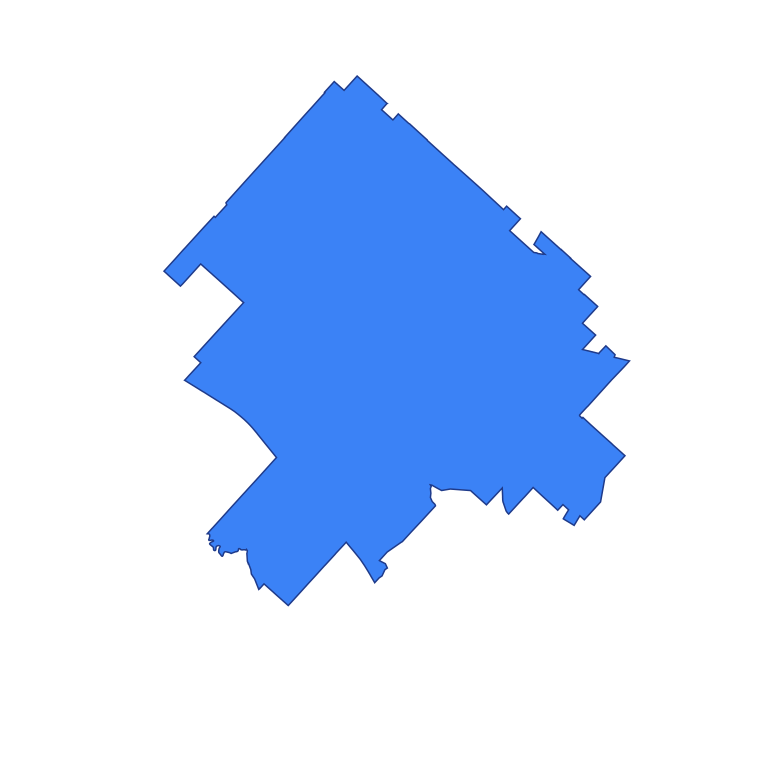 outline of Griffith, New South Wales, Australia, rotated 34°
{"feature_id": "25037944B92431338165184", "entity_name": "Griffith", "entity_type": "district", "adm_level": 2, "iso_a3": "AUS", "parent_name": "Australia", "parent_adm1": "New South Wales", "projection": "robinson", "projection_center": [146.03, -34.335], "detail": "fine", "context": "isolated", "style": "filled", "palette": "blue", "viewbox_px": 768, "rotation_deg": 34, "n_neighbors": 0, "source": "geoboundaries", "source_scale": "gbopen_adm2", "svg_char_len": 5630}
<svg xmlns="http://www.w3.org/2000/svg" viewBox="0 0 768 768"><g transform="rotate(34 384 384)"><path d="M321.2,607.0L321.6,606.8L322.1,606.4L322.5,606.2L322.9,606.2L323.4,606.3L323.8,606.5L324.1,606.8L324.5,607.3L324.8,607.8L325.0,608.7L325.3,609.4L325.5,609.8L325.6,610.5L325.7,611.0L326.0,611.3L326.4,611.5L326.7,611.3L327.2,611.0L327.6,610.6L328.0,610.2L328.4,609.7L329.0,609.4L329.4,609.1L329.9,609.1L330.3,609.2L330.5,609.5L330.3,610.1L329.9,610.6L329.5,611.2L329.2,611.8L329.0,612.3L328.8,612.9L328.7,613.4L328.7,613.8L328.9,614.1L329.4,614.3L330.0,614.4L331.1,614.5L331.9,614.6L332.6,614.6L333.5,614.8L333.8,614.9L334.2,615.1L334.5,615.6L335.0,616.2L335.4,616.7L335.7,616.9L336.3,616.9L336.8,616.8L337.2,616.4L337.3,615.9L336.9,614.8L336.3,613.9L336.1,613.3L335.9,612.7L336.0,612.0L336.4,611.3L337.0,610.6L337.6,610.3L338.4,610.1L339.0,610.2L339.2,610.5L339.2,611.4L339.2,612.2L339.5,613.1L339.9,614.0L340.4,615.0L341.0,615.8L341.6,616.2L342.6,616.5L343.5,616.7L344.5,617.1L345.1,617.3L345.9,617.4L346.3,617.2L346.4,616.7L346.4,616.1L346.0,615.0L345.8,613.8L345.7,613.0L345.8,612.4L346.1,611.9L346.6,611.6L347.2,611.3L347.8,611.1L349.1,610.6L349.9,610.3L350.8,610.1L351.6,610.0L352.0,610.0L354.6,606.3L354.7,606.1L354.9,606.0L355.1,605.9L355.2,605.7L355.6,605.4L355.8,605.2L355.9,604.9L356.0,604.8L356.1,604.7L356.2,604.4L356.2,604.2L356.3,603.9L356.2,603.8L356.2,603.7L356.2,603.4L356.1,603.1L356.0,602.8L355.9,602.7L355.8,602.4L355.7,602.3L355.7,602.2L355.6,601.9L355.7,601.7L355.8,601.5L356.0,601.4L356.3,601.3L356.6,601.2L356.7,601.3L356.9,601.3L357.0,601.3L357.5,601.4L357.9,601.4L358.0,601.3L358.3,601.3L358.5,601.2L358.8,601.1L359.0,601.0L359.4,600.7L359.5,600.6L359.7,600.4L359.8,600.4L360.0,600.2L360.3,599.9L361.1,599.4L361.9,599.0L362.0,598.9L362.3,598.9L362.4,598.0L363.9,598.6L364.7,600.1L365.1,601.2L366.5,603.0L369.8,607.3L370.9,608.1L372.0,608.9L372.1,608.6L377.4,612.4L380.3,615.7L382.9,616.8L385.7,617.9L395.0,624.3L395.2,623.0L395.4,623.1L396.3,616.8L411.4,618.9L413.6,619.2L428.4,621.2L428.5,621.2L430.7,606.5L432.8,591.8L434.3,581.9L435.0,577.1L435.0,576.9L436.4,567.3L436.5,567.1L438.7,552.4L438.8,551.2L439.8,544.9L440.8,538.6L441.0,537.0L441.1,536.3L446.9,538.0L447.9,538.3L448.2,538.4L450.8,539.1L458.4,541.4L462.6,542.7L465.3,543.8L469.8,545.6L470.4,545.9L473.3,547.2L476.8,548.8L477.1,549.0L477.6,549.2L477.9,549.3L481.3,551.0L481.9,551.3L483.2,551.9L486.5,553.5L487.4,553.9L487.4,553.7L487.5,553.3L487.8,551.4L488.4,547.4L489.7,544.2L488.6,537.4L489.7,534.7L485.6,532.2L479.0,533.0L478.9,533.0L480.6,521.5L480.8,521.0L486.8,505.5L487.2,504.8L487.4,504.2L488.8,494.9L489.3,491.5L491.7,476.6L494.8,456.2L493.6,455.3L489.7,454.5L486.0,452.2L484.7,449.8L484.0,448.4L480.9,444.7L480.4,442.5L478.8,441.7L480.3,441.1L486.2,440.6L491.3,440.1L497.7,434.0L515.4,423.9L516.4,424.1L523.5,425.1L535.8,426.8L536.5,426.9L537.0,423.7L540.2,404.1L545.6,411.4L546.0,412.1L546.4,412.5L546.8,413.1L547.0,413.4L547.2,413.7L547.5,414.0L547.9,414.5L548.2,414.8L548.5,415.0L548.7,415.3L549.0,415.5L549.3,415.7L555.2,420.2L555.5,420.4L555.7,420.6L556.0,420.8L556.5,421.1L556.8,421.2L557.1,421.3L557.3,421.4L557.6,421.5L557.9,421.6L558.2,421.7L558.5,421.8L558.8,421.9L559.1,421.9L560.1,422.1L563.3,401.0L563.7,398.8L565.5,386.4L578.3,388.4L580.3,388.7L591.1,390.3L598.6,391.5L599.8,383.9L607.4,385.1L607.8,393.3L608.0,395.5L609.0,395.5L620.7,394.9L620.1,383.7L622.7,384.1L626.0,384.6L629.5,360.7L623.7,347.6L619.5,338.1L621.7,323.6L623.9,308.7L607.5,306.4L607.3,306.3L596.5,304.8L585.3,303.2L577.7,302.1L567.6,300.5L567.4,301.6L564.0,301.0L563.5,300.4L563.8,298.1L565.1,289.8L565.4,288.6L567.1,276.7L567.6,273.1L569.9,256.9L570.3,254.2L570.3,253.9L573.5,235.4L574.6,227.6L569.5,229.5L563.0,231.9L560.6,232.9L559.9,233.1L559.2,230.5L546.6,228.3L545.0,237.6L545.1,238.4L545.1,238.7L544.7,238.7L529.3,244.4L532.1,225.1L514.6,222.7L514.6,222.3L515.7,214.7L517.8,200.6L517.8,200.2L515.6,199.9L508.4,198.9L508.1,198.9L500.0,197.7L499.8,198.1L493.2,197.1L492.6,197.0L495.1,179.3L482.1,177.5L468.3,175.6L468.4,175.3L456.2,173.5L456.3,173.7L456.1,173.7L429.1,169.9L429.7,176.0L430.3,184.1L430.3,184.5L444.7,186.5L443.1,187.3L443.2,187.6L438.3,189.9L437.5,189.8L434.6,191.2L412.8,188.1L402.4,186.6L404.1,174.8L404.7,170.7L400.4,170.1L391.1,168.7L386.2,168.0L386.0,169.5L385.6,172.6L377.7,171.4L370.6,170.3L368.0,169.9L355.9,168.0L340.0,165.8L325.9,163.9L318.7,163.0L318.3,162.9L292.6,159.2L283.8,157.9L283.4,157.5L272.2,155.9L259.7,154.0L259.2,154.1L258.5,154.1L244.8,152.1L244.8,152.3L244.1,157.4L244.0,158.4L243.7,160.1L236.7,159.1L231.2,158.3L228.6,158.0L229.6,149.8L229.7,149.7L228.7,149.6L218.2,147.9L205.3,146.0L189.5,143.7L186.7,162.9L173.6,161.1L171.5,175.5L172.2,175.6L171.5,180.0L170.3,188.8L169.5,194.5L167.9,205.5L163.9,234.3L163.8,235.3L164.0,235.3L160.8,257.4L158.1,276.1L155.5,294.3L151.6,322.0L152.4,322.8L153.5,323.4L151.0,340.2L149.3,340.0L147.1,354.3L142.8,383.7L142.8,383.9L142.7,384.0L140.9,397.2L138.5,413.5L145.9,414.6L160.5,416.7L161.1,413.7L164.9,387.0L191.2,390.6L209.6,393.2L221.8,395.0L222.1,395.0L218.5,418.8L215.7,437.6L211.3,467.5L220.2,468.8L217.6,485.8L216.7,492.1L216.6,492.4L237.9,491.6L238.7,491.5L241.5,491.4L242.1,491.4L254.4,491.0L270.4,490.4L270.8,490.4L275.4,490.4L279.6,490.7L283.8,491.1L288.0,491.6L292.1,492.3L292.7,492.4L296.0,493.1L299.7,494.0L303.4,495.1L306.9,496.1L307.0,496.2L319.3,500.0L321.3,500.6L336.0,505.1L335.9,505.6L335.1,510.9L335.1,511.0L333.0,525.9L330.9,540.3L329.9,546.9L329.3,551.2L328.9,553.7L328.8,554.4L328.5,556.5L325.6,576.3L325.6,576.5L324.4,585.1L322.3,599.6L322.2,599.9L321.3,606.3L321.2,607.0Z" fill="#3b82f6" stroke="#1e3a8a" stroke-width="1.5"/></g></svg>